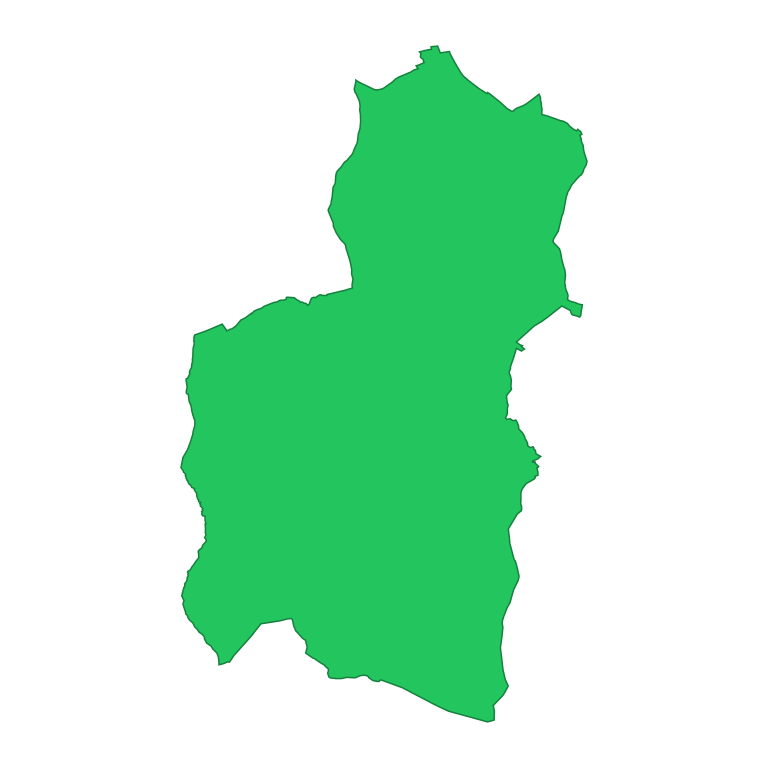 the district of Sacelu, Gorj, Romania
{"feature_id": "2599482B5536240936017", "entity_name": "Sacelu", "entity_type": "district", "adm_level": 2, "iso_a3": "ROU", "parent_name": "Romania", "parent_adm1": "Gorj", "projection": "mercator", "projection_center": [23.537, 45.1], "detail": "fine", "context": "isolated", "style": "filled", "palette": "green", "viewbox_px": 768, "rotation_deg": 0, "n_neighbors": 0, "source": "geoboundaries", "source_scale": "gbopen_adm2", "svg_char_len": 6090}
<svg xmlns="http://www.w3.org/2000/svg" viewBox="0 0 768 768"><path d="M494.1,720.1L494.4,710.8L493.2,705.5L502.5,695.9L504.7,692.7L508.2,686.0L505.2,679.4L503.0,669.7L500.4,647.7L501.8,637.6L502.9,627.4L502.2,623.5L502.5,620.4L503.9,616.0L507.1,607.8L510.1,602.4L513.6,589.7L517.9,581.1L518.9,577.6L519.0,575.8L516.6,565.3L515.4,561.3L514.0,559.1L509.7,542.9L509.6,539.7L508.3,529.0L517.4,513.9L521.2,510.9L521.7,509.0L521.5,506.1L520.7,503.9L520.9,500.4L520.9,493.3L521.4,490.9L522.3,488.8L526.2,483.6L534.1,479.1L535.2,477.8L535.0,476.4L538.0,475.2L537.9,471.9L536.9,467.9L538.5,467.0L538.7,466.6L535.5,463.5L535.0,461.9L532.7,462.3L532.6,461.1L537.7,458.9L540.7,456.4L536.0,453.8L535.4,450.4L533.9,449.2L533.8,447.8L533.0,446.8L530.7,447.5L529.7,447.3L527.7,445.7L527.7,444.5L527.3,444.0L527.6,443.2L526.0,439.9L525.1,438.8L524.5,436.1L522.2,432.4L519.1,429.3L518.7,428.1L518.6,426.0L516.9,421.7L515.8,420.0L513.4,420.7L512.1,420.2L510.4,418.8L506.8,419.3L505.5,417.9L507.3,414.0L507.4,408.2L508.1,405.2L507.2,402.4L506.6,397.4L506.6,395.9L507.3,394.5L511.3,389.6L511.5,388.9L510.9,386.9L511.3,380.1L510.4,375.7L509.5,373.9L509.2,372.3L510.5,368.4L510.5,366.6L513.7,357.5L516.4,348.4L521.5,351.0L524.5,349.0L521.4,346.6L522.4,345.7L519.8,344.7L516.4,342.0L534.2,326.0L541.8,321.4L547.6,317.2L561.8,306.0L570.3,310.5L571.6,314.1L573.0,315.1L576.7,315.9L579.7,317.1L580.8,315.3L581.2,311.4L582.4,304.8L578.8,304.1L575.6,302.7L569.8,301.1L567.5,299.5L568.0,295.9L567.9,294.7L565.5,288.3L565.3,285.1L564.7,283.1L565.5,275.1L564.8,269.6L563.7,266.7L561.8,259.4L560.5,251.9L559.4,248.7L553.6,242.6L553.0,241.2L553.7,238.7L558.3,231.2L562.1,215.3L562.9,214.0L563.5,211.7L566.4,196.3L567.2,194.5L567.7,192.2L569.9,188.6L571.5,185.2L577.5,178.2L579.5,176.1L581.0,175.1L582.3,173.4L583.4,171.1L583.7,169.4L586.2,164.9L587.0,161.3L584.2,152.5L583.6,149.7L583.2,145.5L581.5,141.6L581.2,140.2L581.3,139.1L580.0,135.4L581.9,134.3L581.0,132.5L580.7,131.4L579.6,131.0L577.8,129.3L576.7,130.8L574.0,129.6L569.7,126.3L567.4,123.4L563.5,121.3L560.0,120.5L546.3,115.6L542.1,114.7L541.7,112.2L542.1,109.2L541.6,107.2L541.2,102.8L540.5,100.2L540.5,97.6L539.1,94.2L526.9,103.5L523.3,105.6L516.9,108.1L514.5,109.7L512.9,111.4L511.4,111.1L507.2,108.6L500.5,102.5L489.7,93.8L487.6,92.5L486.9,93.6L479.0,88.6L468.2,80.3L462.9,75.6L460.0,71.4L454.8,62.5L450.1,53.7L449.5,51.5L440.3,52.9L437.6,46.1L431.1,46.7L431.5,49.3L426.6,50.1L419.5,51.9L420.9,53.5L420.4,56.7L420.8,57.6L423.3,59.5L423.5,61.4L424.1,62.6L419.0,64.9L416.1,65.8L418.0,68.7L413.6,70.1L410.9,72.0L398.5,77.2L395.5,79.1L392.4,82.0L383.3,88.4L380.7,89.3L376.5,90.0L374.2,89.5L359.8,82.6L355.9,80.2L356.0,81.1L354.2,89.2L355.2,92.6L356.2,93.8L359.4,101.2L360.1,105.8L359.7,110.0L360.4,114.3L360.6,121.2L360.0,128.5L358.4,133.5L357.4,141.3L357.0,143.3L354.2,149.2L352.6,153.7L347.1,160.2L345.7,161.6L345.5,161.4L344.3,162.4L341.2,166.9L337.6,170.7L336.4,172.7L335.7,176.1L335.3,182.7L334.7,184.5L333.2,187.1L333.0,187.9L332.2,196.8L331.4,200.6L331.0,203.9L328.2,209.6L328.4,211.2L333.3,223.2L333.4,226.3L336.2,232.8L340.5,239.5L344.4,243.5L345.4,244.9L346.2,248.9L350.1,261.2L351.7,269.5L351.6,274.0L353.0,279.2L352.0,285.0L352.4,288.0L344.8,290.3L327.0,294.5L326.7,295.5L321.8,295.4L321.0,294.8L319.4,295.0L315.5,297.6L313.9,297.3L312.0,297.8L311.0,299.2L309.0,304.4L307.6,305.2L306.3,303.7L305.1,303.2L304.3,303.2L302.3,302.1L300.4,302.3L299.7,301.2L296.9,299.8L294.3,297.7L286.8,297.2L286.3,297.6L286.3,298.8L286.0,299.2L284.3,300.1L280.8,300.2L279.3,300.6L276.8,302.1L275.5,302.1L272.4,303.0L264.0,306.4L261.0,308.5L258.7,309.1L253.9,311.2L252.6,313.0L251.5,313.7L251.4,313.3L245.4,317.8L240.9,320.0L236.0,325.9L231.9,328.9L230.1,329.3L226.7,330.9L226.0,329.4L222.2,324.1L206.2,330.9L194.6,335.0L194.0,336.9L193.9,338.0L194.1,339.3L193.7,340.9L194.2,342.7L194.2,344.4L193.1,348.1L192.8,357.1L192.4,358.8L192.5,360.1L192.3,362.6L191.8,364.0L191.5,367.5L190.2,369.8L189.4,372.4L189.8,373.9L187.5,378.4L186.2,378.8L186.1,380.3L187.2,387.5L186.4,390.4L186.3,392.5L186.5,393.4L187.1,393.9L188.2,394.2L189.2,401.5L191.1,406.0L191.8,410.7L192.8,414.8L194.8,420.6L194.9,425.2L193.2,431.1L192.7,434.6L190.5,441.6L187.6,449.5L182.9,457.6L181.0,467.6L183.0,470.5L183.6,472.3L184.3,472.6L185.7,474.6L185.3,475.4L186.0,477.0L185.9,477.7L186.7,479.2L186.7,479.8L187.0,480.3L187.4,480.4L188.2,482.4L189.3,484.4L190.6,485.1L191.8,487.5L194.5,488.5L194.2,489.6L196.6,493.4L196.8,496.0L197.7,499.0L198.6,499.9L198.6,501.7L200.6,502.4L199.7,503.8L200.7,504.4L200.3,506.0L202.7,508.2L202.7,508.7L202.2,509.3L202.7,510.3L202.7,510.7L201.6,511.5L202.1,512.7L201.7,514.3L203.0,516.0L204.8,516.0L205.0,516.3L205.1,520.8L205.3,521.7L206.0,523.2L205.8,524.2L205.2,524.0L205.2,524.5L205.5,529.0L205.3,533.0L205.9,534.1L205.9,535.2L204.6,537.7L206.1,539.5L206.2,540.3L205.9,541.7L202.9,544.9L201.6,548.2L199.4,549.7L198.2,551.2L198.7,555.3L198.8,557.5L198.4,558.2L195.6,561.7L193.5,565.0L191.9,566.9L190.7,569.2L189.3,570.6L187.9,571.2L187.5,572.2L188.2,573.8L187.9,574.6L188.1,575.3L187.8,576.5L187.4,577.0L187.1,578.4L187.2,579.3L186.0,582.3L184.8,583.5L184.8,585.9L184.4,586.9L183.8,587.5L183.6,589.1L183.2,589.7L181.7,596.0L182.5,597.1L182.7,598.1L183.9,600.3L183.8,601.2L182.9,604.0L185.6,612.4L185.8,614.1L187.3,615.3L187.9,617.5L189.3,619.8L192.8,622.9L194.7,626.8L197.5,629.6L199.0,632.1L201.9,634.1L203.8,636.0L204.5,637.8L204.5,639.0L206.7,643.1L211.2,646.2L212.8,649.0L216.8,652.9L218.3,657.0L218.8,660.3L219.0,664.8L224.0,663.5L227.5,661.9L229.5,662.1L234.1,655.3L251.1,636.3L260.9,623.8L280.1,620.8L287.5,618.9L291.3,618.5L292.4,619.7L293.7,625.8L295.6,630.6L302.5,638.2L304.5,639.7L305.4,640.0L307.2,647.1L305.7,653.1L312.7,658.0L314.5,658.6L319.4,662.1L324.4,665.1L325.0,665.6L325.4,666.5L328.3,668.8L328.4,671.0L327.7,672.9L327.9,674.0L329.0,677.1L330.8,678.0L336.3,678.6L341.2,678.6L346.9,677.4L354.6,677.8L355.6,677.7L360.0,675.7L364.0,675.2L366.6,675.6L368.3,676.5L368.7,677.6L373.0,680.6L377.8,681.5L379.2,681.4L379.9,680.4L381.2,680.0L402.1,687.6L435.4,705.0L448.5,711.2L487.6,721.9L494.1,720.1Z" fill="#22c55e" stroke="#15803d" stroke-width="1.5"/></svg>